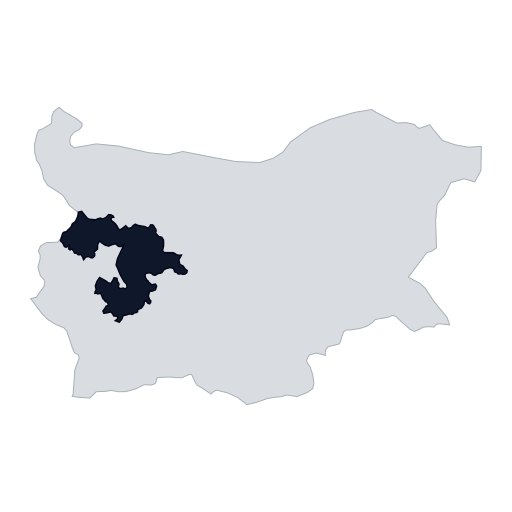 Sofia on a map of Bulgaria (orthographic projection)
{"feature_id": "BGR-2244", "entity_name": "Sofia", "entity_type": "Province", "adm_level": 1, "iso_a3": "BGR", "parent_name": "Bulgaria", "parent_adm1": "", "projection": "orthographic", "projection_center": [23.554, 42.64], "detail": "fine", "context": "in_parent", "style": "filled", "palette": "ink", "viewbox_px": 512, "rotation_deg": 0, "n_neighbors": 0, "source": "natural_earth", "source_scale": "10m", "svg_char_len": 5003}
<svg xmlns="http://www.w3.org/2000/svg" viewBox="0 0 512 512"><path d="M449.7,324.9L439.6,323.7L436.2,324.4L434.0,327.0L429.4,326.7L423.6,327.0L417.8,330.1L414.5,331.5L409.9,329.1L401.3,321.7L396.1,316.5L392.3,315.3L388.6,317.1L375.3,319.5L372.2,322.8L366.2,326.5L360.0,328.4L351.1,329.9L346.3,329.9L343.8,331.7L341.7,336.9L340.4,341.9L339.1,344.0L328.0,346.8L325.7,349.8L325.1,352.6L325.4,355.4L316.4,353.0L309.5,355.0L307.9,357.2L306.6,360.3L307.5,363.6L310.1,366.7L312.8,375.2L313.9,383.8L312.6,388.7L307.5,392.4L297.0,396.6L286.6,395.0L282.0,396.6L274.4,397.3L267.4,398.5L256.6,402.3L246.9,404.6L237.9,397.6L227.4,392.8L216.4,390.1L212.6,392.3L211.0,394.0L201.7,387.8L197.6,385.5L195.6,383.1L191.7,374.7L189.4,374.4L181.9,377.7L174.6,377.6L170.2,377.0L157.2,377.5L155.5,383.3L153.9,384.2L151.1,385.0L144.2,384.7L135.4,389.0L125.9,391.6L118.4,391.7L110.8,390.4L106.2,391.3L96.3,391.7L90.0,398.0L80.3,397.5L72.1,396.4L73.1,394.5L74.9,369.6L79.0,358.6L78.9,356.3L78.1,354.6L74.5,352.8L72.0,346.8L66.7,330.9L63.7,327.7L55.4,324.3L48.1,319.7L41.9,313.6L30.7,298.6L36.5,297.2L38.3,294.2L44.1,286.2L44.8,282.2L44.2,279.9L40.4,275.9L37.9,267.4L40.0,259.4L40.2,255.3L38.4,251.2L40.4,246.1L44.6,243.4L47.1,242.6L57.9,242.2L64.9,232.1L69.1,228.9L73.3,223.2L75.3,221.1L77.2,216.7L77.9,212.1L69.4,205.6L66.6,200.8L62.9,195.4L57.8,191.7L47.6,185.3L43.6,178.8L41.9,170.5L39.3,164.2L36.4,160.0L35.9,156.7L34.7,152.6L34.5,144.5L37.0,133.9L38.7,130.1L42.1,129.1L51.4,123.5L51.9,116.2L53.6,111.7L56.5,109.2L59.2,107.4L64.2,111.7L76.3,118.6L82.2,123.5L81.9,126.6L79.1,129.6L73.8,132.5L70.6,136.4L69.8,141.2L70.5,144.7L74.2,147.7L96.2,143.9L118.4,146.0L148.3,152.6L168.2,154.8L182.8,151.5L210.0,156.8L235.4,161.5L259.7,162.6L273.2,158.2L282.6,152.4L290.6,141.9L310.4,127.7L329.7,119.4L355.0,112.3L372.0,109.5L374.5,111.5L396.8,123.0L406.5,122.6L414.4,124.5L417.5,127.6L419.5,128.3L429.7,124.7L434.7,131.3L442.5,140.5L455.1,144.8L466.2,146.9L469.7,147.2L481.3,146.3L481.0,170.4L474.8,181.9L464.0,178.8L450.8,182.6L444.4,195.7L440.5,199.6L437.1,204.2L435.6,220.8L436.5,247.8L431.5,251.3L426.8,252.6L408.3,277.2L420.0,283.4L425.2,288.2L434.3,301.9L446.9,317.2L449.7,324.9Z" fill="#d9dde1" stroke="#a8b0b8" stroke-width="1"/><path d="M60.4,240.7L60.8,239.6L62.2,234.8L62.6,233.6L63.2,232.7L64.0,232.2L66.0,231.8L67.0,231.4L68.0,230.0L71.1,227.1L71.4,226.4L72.0,224.5L72.4,223.8L73.0,223.3L74.2,222.7L74.8,222.3L76.3,220.0L77.7,216.8L78.5,213.4L78.3,212.2L81.7,211.4L86.9,217.8L88.8,219.2L95.5,219.8L98.1,218.7L100.3,218.1L102.7,218.9L105.9,217.6L108.5,214.7L110.9,214.8L113.1,216.0L113.7,217.3L112.1,217.4L111.1,218.2L111.2,220.2L112.3,221.3L113.5,222.1L115.4,223.9L117.1,226.2L118.2,228.4L119.7,230.1L122.5,228.3L125.7,225.7L126.8,226.8L127.9,228.1L129.8,228.2L131.6,227.5L133.2,225.5L135.2,224.2L138.0,225.4L145.2,226.7L146.3,227.3L147.6,228.1L149.3,227.0L150.6,224.9L152.7,224.9L154.0,226.3L154.6,227.8L155.6,228.8L156.1,230.9L155.5,233.0L157.1,234.8L158.9,236.6L161.7,237.2L163.4,239.9L163.6,243.1L163.5,246.4L162.5,250.4L164.0,252.6L173.2,252.7L175.0,253.6L176.7,254.8L179.0,255.3L181.4,255.1L178.8,259.8L179.8,264.4L183.0,266.0L185.3,269.2L187.2,270.5L186.8,272.7L184.9,274.1L182.4,274.3L180.9,273.7L179.3,274.0L178.2,274.0L177.3,272.7L175.9,272.3L174.6,271.7L174.2,270.0L173.4,268.4L171.3,267.8L169.2,267.6L168.0,268.2L166.7,268.4L164.0,269.6L162.0,272.5L160.3,273.3L158.5,273.4L155.1,275.3L153.2,274.9L151.6,273.5L149.7,272.8L147.6,273.0L145.5,273.8L145.0,276.0L145.7,278.1L146.8,279.9L148.0,280.9L148.9,282.3L151.7,284.8L155.4,284.1L156.6,286.1L155.4,289.8L152.6,291.0L149.6,291.4L148.3,295.9L149.5,299.6L150.7,300.6L150.7,302.3L149.6,303.8L148.0,303.3L147.1,302.3L146.2,301.0L144.4,301.5L143.9,304.5L141.5,308.0L138.0,309.5L137.5,310.4L137.6,311.7L136.5,312.5L135.2,312.8L134.1,312.8L133.2,313.9L131.9,314.5L130.5,313.9L127.9,314.3L126.0,315.1L123.2,315.5L121.8,319.1L119.3,322.2L115.3,320.7L117.2,319.2L118.0,317.1L116.1,316.1L113.8,316.0L112.4,313.4L110.5,311.9L107.2,312.8L103.9,313.3L102.9,311.0L105.2,307.9L106.1,306.2L107.6,305.7L108.4,304.4L107.3,302.3L105.7,301.7L104.5,300.4L104.0,299.4L103.1,298.9L100.7,293.3L99.1,293.7L97.4,293.8L96.2,293.1L94.9,293.3L95.2,291.5L96.2,290.0L95.4,285.7L97.1,281.2L99.6,277.5L105.6,280.8L108.2,282.8L110.8,283.5L112.7,280.6L114.1,277.7L117.0,278.3L117.1,279.5L117.5,281.3L119.0,284.0L118.2,287.3L120.2,288.6L123.3,288.1L125.4,289.0L127.2,287.1L126.4,283.8L124.1,281.6L120.3,274.8L117.2,267.2L116.1,265.0L117.4,258.9L121.4,250.2L122.9,247.4L123.8,244.8L121.2,246.6L118.5,246.4L115.6,243.8L112.2,244.6L108.6,246.1L105.1,245.1L101.4,242.7L100.5,241.5L99.4,241.1L97.6,244.6L97.5,249.1L93.9,252.1L94.8,253.9L94.6,255.9L93.5,257.2L92.2,257.9L90.5,257.6L89.0,256.6L85.9,256.9L83.6,259.7L82.5,256.8L81.1,254.5L78.9,254.8L77.5,254.4L76.8,253.1L74.5,253.1L73.3,250.6L71.9,248.9L70.1,249.9L68.7,248.9L69.1,245.8L68.1,245.2L67.1,246.9L65.9,247.2L65.3,246.7L64.6,246.7L64.0,245.8L63.6,244.6L62.4,242.6L60.8,241.2L60.4,240.7Z" fill="#0f172a" stroke="#020617" stroke-width="1.5"/></svg>